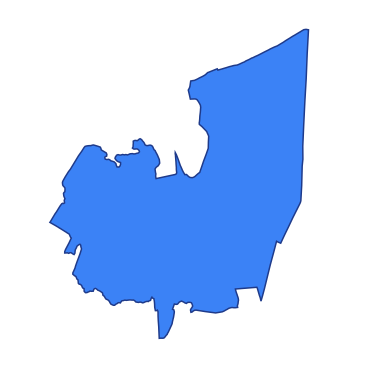 outline of Limuru, Central, Kenya, rotated 169°
{"feature_id": "3690345B52223496040180", "entity_name": "Limuru", "entity_type": "district", "adm_level": 2, "iso_a3": "KEN", "parent_name": "Kenya", "parent_adm1": "Central", "projection": "natural_earth1", "projection_center": [36.657, -1.145], "detail": "fine", "context": "isolated", "style": "filled", "palette": "blue", "viewbox_px": 384, "rotation_deg": 169, "n_neighbors": 0, "source": "geoboundaries", "source_scale": "gbopen_adm2", "svg_char_len": 6006}
<svg xmlns="http://www.w3.org/2000/svg" viewBox="0 0 384 384"><g transform="rotate(169 192 192)"><path d="M249.7,71.9L250.4,65.9L252.1,54.6L250.5,54.5L248.9,54.1L247.5,54.0L246.1,54.9L244.7,56.2L243.6,56.9L243.0,57.9L242.0,59.0L237.1,65.8L236.5,66.9L236.0,68.3L235.3,69.8L234.8,71.0L234.2,72.2L233.8,73.2L233.4,74.3L232.6,76.5L232.2,77.7L232.3,79.8L233.5,80.6L230.7,85.4L229.0,84.7L227.6,84.7L226.3,85.7L225.4,86.4L224.1,86.7L223.1,86.9L222.1,86.2L221.2,85.6L220.4,84.7L218.8,83.7L217.4,84.4L215.9,84.3L214.8,84.0L213.7,83.4L213.4,82.3L213.2,81.1L213.1,79.9L214.0,78.7L215.1,77.7L216.0,76.5L216.0,74.1L214.7,74.2L213.5,74.9L212.1,75.4L210.6,75.3L201.8,72.1L194.9,69.8L193.7,69.4L191.9,68.8L185.2,68.6L183.3,69.0L181.6,69.6L179.6,70.2L178.1,70.8L176.3,71.0L174.8,71.0L172.9,70.4L171.2,70.1L169.2,70.0L169.2,71.6L168.5,72.9L168.0,74.0L167.6,75.4L167.0,77.0L166.9,78.8L167.0,80.1L167.2,81.2L167.3,82.4L167.5,83.6L167.8,85.9L167.9,87.1L167.9,88.5L146.5,86.1L146.2,84.7L145.6,77.9L145.2,75.1L145.1,71.7L142.4,77.0L139.2,83.6L132.0,99.2L128.9,105.9L123.0,117.9L120.6,122.9L118.4,127.5L117.2,126.5L114.7,124.8L109.4,132.1L103.4,140.1L97.9,147.6L91.1,156.4L88.1,160.3L87.4,161.4L86.8,162.7L83.1,177.4L78.9,196.4L76.9,203.0L74.5,215.9L69.6,236.3L63.9,259.5L58.3,281.4L52.6,305.5L46.7,329.0L49.0,329.9L51.3,330.0L53.0,329.4L61.8,326.2L62.8,325.9L69.1,323.5L71.5,322.6L73.7,321.6L77.1,320.4L80.3,319.2L83.5,318.6L87.5,317.6L88.5,317.3L89.6,316.9L93.3,315.9L101.2,313.6L104.3,312.9L106.7,312.2L107.9,312.1L110.6,311.2L114.4,310.3L115.6,309.7L117.4,309.4L121.4,308.4L123.4,308.0L126.7,308.2L129.3,308.0L131.4,307.9L134.7,307.5L137.0,307.3L138.7,307.1L140.0,307.0L142.4,306.8L143.3,306.7L143.7,308.1L144.9,307.9L148.0,307.3L151.2,306.7L152.5,306.4L153.6,306.3L154.9,305.6L155.9,304.9L157.1,304.3L158.8,303.7L160.5,303.2L162.1,302.8L163.2,302.5L165.0,301.9L166.6,301.5L168.4,301.1L169.9,301.2L171.0,301.2L172.1,301.2L173.9,296.0L174.7,294.6L175.5,293.6L176.2,292.8L176.0,287.9L175.9,283.5L171.9,282.9L170.5,282.5L169.4,281.6L168.9,280.5L168.4,279.4L167.9,277.9L167.5,276.7L167.2,275.6L167.3,273.4L167.8,271.7L168.2,270.1L168.8,268.1L169.7,265.3L170.4,262.6L170.7,261.5L171.1,260.1L171.7,258.5L171.9,257.0L171.2,256.1L169.8,254.4L167.8,251.3L166.0,248.5L165.7,246.9L165.2,244.9L165.0,243.5L166.4,237.8L167.7,231.8L170.9,226.3L174.8,220.0L177.4,215.4L180.7,209.7L181.7,209.3L183.0,208.6L184.0,208.0L186.3,206.6L187.6,206.2L188.7,206.0L190.0,206.3L191.4,206.8L192.6,208.1L193.5,209.5L194.2,210.3L195.7,210.4L196.8,213.5L197.3,215.3L197.6,216.8L198.0,218.6L198.4,220.1L198.7,222.2L199.3,226.5L199.7,228.8L200.2,231.5L200.9,233.9L201.2,232.7L201.2,231.3L201.4,230.0L201.7,227.1L202.0,224.4L202.3,222.4L202.5,220.6L202.7,218.9L203.0,217.5L203.2,215.8L203.3,214.1L203.8,212.9L205.1,212.4L224.7,212.0L224.7,214.1L224.4,215.5L224.0,216.6L224.1,218.3L223.9,221.6L222.7,222.9L221.5,223.6L220.5,224.0L219.4,225.0L218.2,226.5L217.9,230.1L218.9,234.8L219.3,236.2L219.9,238.0L220.3,239.7L221.2,240.8L221.7,243.0L222.1,244.5L223.2,245.6L224.1,246.0L225.2,246.1L226.2,246.0L227.2,246.1L228.2,246.5L229.2,247.4L229.4,248.9L230.0,250.3L230.7,251.4L231.5,253.1L232.8,254.2L234.1,253.8L235.0,253.2L236.1,252.8L237.4,253.4L238.8,253.5L240.0,253.1L240.3,251.1L240.7,249.8L241.0,248.5L241.3,247.4L242.1,246.5L241.2,245.4L239.9,245.0L238.6,245.0L237.2,244.5L236.0,242.9L235.9,241.5L237.0,240.6L238.3,240.5L239.4,240.5L240.5,240.3L242.0,240.5L243.0,241.0L244.3,241.2L245.6,241.3L246.7,241.0L248.3,240.7L249.8,241.4L251.1,241.3L252.1,241.7L253.1,242.1L254.2,241.9L255.2,241.9L256.2,242.2L257.5,242.8L259.1,242.5L259.9,241.5L260.7,240.8L261.2,239.5L260.4,237.8L259.5,236.5L258.5,235.7L256.5,234.6L256.8,232.9L257.6,231.4L259.0,230.4L260.9,231.0L261.2,232.7L261.3,234.5L262.7,236.5L264.1,237.3L265.7,238.1L266.5,239.2L267.6,240.0L269.4,240.1L270.9,240.8L271.1,242.4L270.3,243.3L269.0,243.4L268.4,245.0L268.7,246.7L269.7,247.6L270.8,248.6L271.9,249.6L273.0,250.6L273.1,252.2L273.4,253.5L274.5,254.2L275.9,255.0L278.8,256.5L279.9,257.0L281.1,257.0L282.4,256.8L283.4,257.0L284.8,257.2L286.6,257.3L288.2,257.2L289.5,256.2L292.6,252.9L296.4,249.3L307.1,237.5L309.3,235.6L313.6,231.0L315.8,228.4L316.7,227.3L317.3,226.3L317.5,225.1L317.6,223.5L317.2,222.4L316.6,221.5L316.0,220.3L316.1,219.1L316.4,217.9L316.8,216.5L317.7,216.0L318.4,215.2L318.6,212.6L318.4,211.5L318.0,209.6L319.0,208.3L319.2,205.6L320.2,205.2L321.1,205.6L322.1,205.3L323.0,204.5L323.8,203.8L325.5,202.0L328.9,198.3L330.5,196.8L336.6,190.0L337.3,189.3L335.1,187.4L332.3,185.0L327.5,180.6L320.5,174.0L320.3,172.8L319.9,171.0L319.3,169.8L322.5,165.4L327.1,159.7L328.3,157.8L328.6,156.4L327.5,156.2L326.0,156.1L324.7,155.3L323.5,155.7L322.3,155.5L320.6,153.8L319.7,153.1L318.6,154.3L317.9,156.7L317.4,157.8L316.1,159.3L315.3,160.7L313.5,161.7L312.0,162.1L311.4,161.1L311.5,159.3L311.3,157.2L313.5,153.1L315.6,149.6L318.3,145.2L320.4,141.6L321.4,139.6L323.0,137.3L324.3,135.5L324.7,134.1L324.0,133.2L323.3,132.2L322.1,131.3L321.8,129.7L321.5,128.4L320.7,127.5L320.8,125.9L321.0,124.1L320.4,123.1L319.2,122.6L318.2,121.3L317.8,119.2L317.3,118.3L316.4,117.8L316.6,116.5L316.8,115.0L315.8,113.5L314.3,113.3L313.2,113.6L312.0,113.8L311.0,114.2L309.6,113.7L307.8,113.5L307.1,115.0L306.2,115.7L305.2,115.8L304.2,115.0L303.1,113.5L302.0,112.9L301.0,112.0L299.2,110.2L299.1,108.9L299.1,107.6L298.0,106.4L297.4,104.5L296.7,103.1L295.7,102.6L294.8,101.7L294.0,100.4L293.6,98.9L293.0,97.4L291.8,96.5L290.8,95.8L289.5,95.6L288.2,96.4L286.9,96.7L285.6,97.4L284.4,97.2L283.4,96.8L282.6,97.8L281.5,98.6L280.2,98.5L278.5,98.7L277.3,98.2L275.8,98.1L274.5,98.0L273.5,97.9L272.4,97.6L271.4,97.3L270.0,97.1L268.9,96.1L268.3,94.9L267.2,94.4L265.6,93.8L264.2,93.9L262.9,93.5L261.9,92.7L260.6,92.6L259.3,93.0L258.1,93.2L256.8,93.2L255.8,92.8L254.7,93.4L253.4,93.5L252.8,94.6L252.2,95.6L251.4,96.4L250.9,95.3L249.8,94.6L249.8,92.6L249.9,91.0L250.1,89.2L250.6,85.9L250.6,82.5L249.6,82.3L248.6,82.7L248.2,81.4L248.4,79.8L248.7,78.3L249.0,76.6L249.7,71.9Z" fill="#3b82f6" stroke="#1e3a8a" stroke-width="1.5"/></g></svg>